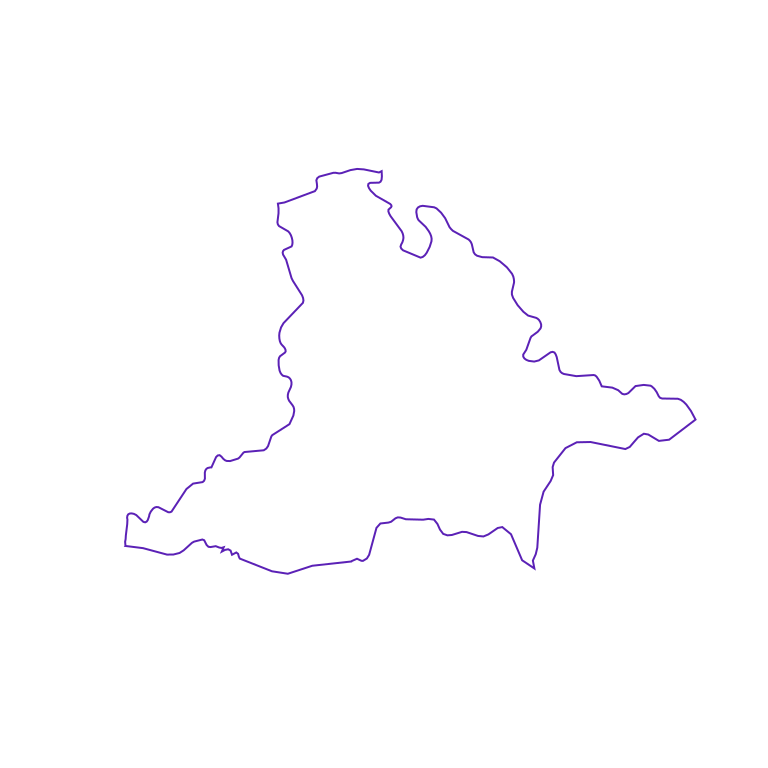 Jihomoravský, orthographic projection, rotated 345°
{"feature_id": "CZE-10370", "entity_name": "Jihomoravský", "entity_type": "Region", "adm_level": 1, "iso_a3": "CZE", "parent_name": "Czechia", "parent_adm1": "", "projection": "orthographic", "projection_center": [16.577, 49.119], "detail": "fine", "context": "isolated", "style": "outline", "palette": "violet", "viewbox_px": 768, "rotation_deg": 345, "n_neighbors": 0, "source": "natural_earth", "source_scale": "10m", "svg_char_len": 4360}
<svg xmlns="http://www.w3.org/2000/svg" viewBox="0 0 768 768"><g transform="rotate(345 384 384)"><path d="M136.4,494.2L130.2,492.6L108.8,480.2L92.3,473.5L92.4,473.4L93.1,469.4L94.3,466.9L95.4,463.6L99.7,452.9L101.1,448.5L101.2,446.8L102.0,444.9L103.2,443.7L104.9,443.3L106.8,443.7L108.8,444.7L110.8,446.5L115.9,454.9L117.5,455.8L119.1,455.5L120.5,454.4L122.8,451.1L123.7,449.2L125.7,446.9L128.6,444.7L130.4,444.0L132.2,443.9L134.2,444.6L142.4,452.0L144.0,452.5L145.7,452.3L166.0,434.3L173.8,430.8L183.4,431.8L185.2,430.9L186.5,429.1L188.0,423.2L189.1,421.2L190.5,420.0L191.9,419.5L194.5,419.6L195.7,419.9L202.9,411.1L204.9,410.0L206.8,410.2L208.2,412.1L209.4,414.7L210.7,416.5L212.1,417.6L215.4,418.6L223.7,418.3L225.4,417.6L230.4,414.0L231.6,413.6L250.7,416.9L253.6,415.9L255.9,414.0L261.6,405.5L262.8,404.5L282.3,398.3L288.3,391.0L290.3,386.8L290.7,384.8L290.7,382.8L290.2,381.0L288.0,375.6L287.7,373.7L287.7,371.7L288.3,369.6L289.4,367.5L293.3,362.8L294.5,360.5L295.1,358.3L295.1,356.3L294.6,354.5L293.6,352.9L292.1,351.7L288.7,350.0L287.6,348.4L286.9,346.4L286.6,344.0L287.1,338.7L288.4,333.5L289.4,331.6L290.7,330.3L296.5,328.0L297.4,327.1L297.7,325.6L297.5,324.1L297.1,322.8L295.2,319.2L294.7,317.6L294.5,315.6L294.7,313.0L295.3,310.1L296.3,307.4L299.2,302.7L302.7,299.2L326.7,284.6L327.8,282.5L328.1,280.0L327.8,277.1L322.7,260.8L322.1,257.8L321.6,238.6L320.0,232.9L320.1,230.9L320.9,229.5L322.1,228.6L330.3,227.2L331.4,225.8L332.2,223.9L332.7,221.5L332.8,218.9L332.6,216.3L332.0,213.9L331.0,211.8L323.5,204.3L322.8,202.4L322.9,200.2L326.3,191.8L327.6,187.0L328.2,182.3L334.8,182.9L367.2,179.8L369.6,177.8L370.5,176.0L371.0,173.3L371.4,169.7L372.8,167.9L375.1,166.9L389.7,166.9L391.8,167.4L395.2,169.0L397.7,169.3L406.9,168.7L413.7,169.3L420.1,171.5L433.9,178.4L436.8,177.8L435.7,182.9L434.5,186.1L433.0,187.7L431.3,188.2L422.6,186.1L420.7,186.7L419.9,188.4L420.2,190.9L421.2,193.8L424.9,200.1L436.6,211.7L437.3,213.1L437.3,214.2L436.6,215.1L433.5,216.7L432.9,218.4L433.1,220.8L433.8,223.6L440.6,241.0L441.0,243.4L441.0,245.7L440.6,247.9L439.7,249.9L438.4,251.9L436.7,253.7L435.5,255.6L435.7,257.6L437.0,259.8L452.0,271.4L454.3,271.3L456.8,270.2L459.2,268.3L463.6,263.4L466.8,258.4L467.6,256.0L467.8,253.4L467.5,250.7L466.8,248.0L464.9,243.0L459.8,234.7L459.4,233.2L459.2,231.4L459.7,226.3L460.7,223.8L462.5,222.3L464.8,221.7L467.5,221.9L478.2,226.3L480.2,228.0L483.5,233.3L486.0,239.7L487.9,249.5L488.9,251.7L490.2,253.9L503.1,266.3L504.0,267.8L504.7,269.6L505.0,271.8L504.7,280.0L505.5,282.3L507.1,284.2L511.7,286.9L522.0,290.0L527.6,295.4L532.9,303.1L536.2,310.7L536.7,313.7L536.6,316.1L536.3,318.1L536.1,318.9L535.8,319.8L531.4,328.0L530.7,330.7L531.0,334.3L533.5,342.5L537.3,350.3L540.9,355.2L548.1,359.5L549.3,360.7L550.3,362.3L551.0,364.6L551.2,367.1L550.7,369.1L549.6,370.8L546.1,373.3L538.7,376.2L537.4,377.5L530.3,387.8L526.1,391.6L525.6,393.6L526.2,395.6L527.7,397.5L529.8,399.1L534.9,401.2L539.7,401.3L553.1,396.5L555.2,396.6L556.8,397.7L557.5,399.8L557.8,402.7L557.1,415.8L557.7,418.0L558.8,419.6L560.4,420.9L571.8,426.2L588.9,429.6L590.3,430.5L591.3,432.1L592.8,436.5L593.7,442.6L603.6,446.6L608.6,450.6L611.6,455.2L613.4,456.2L615.5,456.4L617.7,456.0L626.4,451.1L634.6,452.1L641.0,454.6L642.0,455.6L643.9,458.6L645.3,462.5L646.2,466.9L647.1,468.8L648.9,470.0L664.0,474.3L666.6,476.1L668.8,478.8L670.7,482.1L673.5,489.5L675.7,499.0L645.0,511.6L634.8,510.1L626.2,501.2L622.1,499.3L615.6,501.3L610.5,504.7L605.1,508.4L600.3,509.3L568.5,493.5L555.1,490.2L542.7,492.9L527.9,503.9L525.4,507.9L523.8,515.8L519.8,520.9L510.3,529.3L503.5,541.0L489.7,581.8L486.5,587.7L482.1,593.1L481.5,601.1L471.8,590.0L467.8,562.0L461.2,552.8L456.6,552.5L445.9,556.3L440.6,557.0L435.5,555.1L425.4,548.4L421.1,547.0L410.5,547.4L406.1,546.6L402.4,544.1L400.4,539.1L399.4,533.0L397.2,527.9L391.9,525.8L386.7,525.2L370.1,520.3L365.4,517.3L362.8,516.4L360.3,516.7L355.2,518.9L352.4,519.0L344.4,517.8L339.5,521.0L325.4,545.2L322.3,548.1L317.9,549.4L316.4,548.9L312.7,545.8L306.9,546.7L306.6,547.0L267.7,541.0L242.0,542.4L227.3,535.9L199.5,515.3L199.1,513.2L199.1,510.3L197.7,508.5L193.0,509.6L192.7,505.2L190.7,503.3L187.5,503.1L184.0,503.9L186.9,500.2L184.6,500.3L182.5,499.3L179.5,497.1L174.2,496.6L172.3,495.8L171.0,493.6L169.9,488.4L168.3,487.2L159.8,487.1L157.4,487.7L147.5,492.8L142.8,494.3L136.4,494.2Z" fill="none" stroke="#5b21b6" stroke-width="2"/></g></svg>